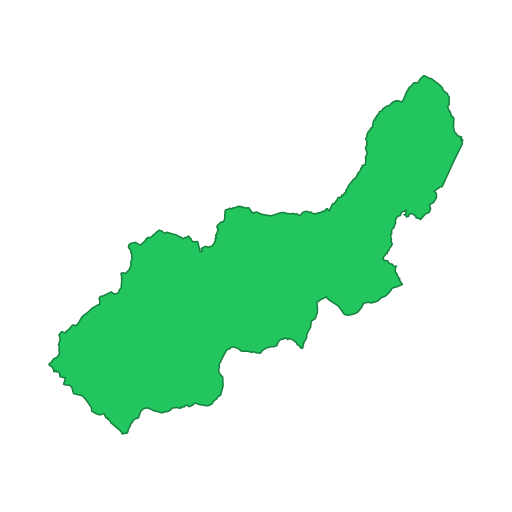 the district of Chiojdu, Buzau, Romania, rotated 86°
{"feature_id": "2599482B83963244368666", "entity_name": "Chiojdu", "entity_type": "district", "adm_level": 2, "iso_a3": "ROU", "parent_name": "Romania", "parent_adm1": "Buzau", "projection": "natural_earth1", "projection_center": [26.168, 45.421], "detail": "fine", "context": "isolated", "style": "filled", "palette": "green", "viewbox_px": 512, "rotation_deg": 86, "n_neighbors": 0, "source": "geoboundaries", "source_scale": "gbopen_adm2", "svg_char_len": 6101}
<svg xmlns="http://www.w3.org/2000/svg" viewBox="0 0 512 512"><g transform="rotate(86 256 256)"><path d="M423.2,396.5L418.5,394.7L417.3,393.6L414.6,392.5L413.2,390.9L411.8,390.2L410.2,388.1L409.2,384.4L403.3,382.1L401.1,379.8L400.0,377.2L400.0,375.4L400.6,373.2L403.5,368.3L404.3,364.8L405.5,362.4L405.9,360.6L405.0,357.2L405.1,355.0L403.6,352.0L401.9,350.2L401.6,345.4L402.5,343.5L402.0,342.1L402.6,341.7L401.5,340.5L401.5,338.0L399.8,336.2L400.1,335.2L401.6,333.4L401.4,332.0L400.4,329.6L398.8,327.8L398.7,326.4L400.2,323.1L402.1,314.8L401.5,312.3L400.3,310.1L397.8,308.4L395.8,305.2L393.6,303.6L392.4,301.1L383.3,297.9L374.5,297.6L370.6,300.6L367.4,301.3L364.3,300.3L360.8,300.2L359.1,298.5L357.7,298.1L348.9,292.6L346.9,290.6L347.0,288.9L345.0,286.9L345.4,283.9L347.4,279.8L349.9,277.3L350.5,270.7L351.9,266.8L351.4,265.6L351.5,264.7L352.8,261.8L352.7,260.5L353.4,259.0L352.2,257.3L350.6,256.1L348.2,251.4L347.9,248.5L347.4,247.5L347.8,243.8L346.6,242.4L347.0,241.6L343.4,239.9L341.1,237.4L340.6,236.1L341.2,235.0L340.2,234.1L340.0,231.3L341.6,230.3L340.7,228.5L342.7,224.2L344.1,223.4L344.9,221.9L346.8,221.3L349.1,218.8L351.0,217.8L351.2,215.9L345.7,214.3L341.4,211.3L338.2,210.9L336.5,210.1L330.6,206.4L325.7,205.6L324.7,205.1L322.5,201.2L317.4,199.0L313.5,198.3L306.7,198.5L303.7,193.9L301.8,188.6L304.4,186.9L311.6,177.4L320.4,172.0L321.4,169.0L321.4,166.3L320.2,160.6L318.8,158.1L315.0,154.5L310.7,151.9L310.0,147.3L310.9,144.4L309.8,138.7L308.0,135.7L306.2,133.7L305.3,130.1L301.9,125.7L300.7,125.1L299.8,123.8L298.4,123.2L297.2,121.2L296.5,117.2L294.7,112.2L294.3,112.0L290.0,114.6L288.7,114.1L286.8,115.9L284.0,116.5L281.1,118.2L277.5,117.7L276.0,116.7L275.6,119.4L273.7,120.6L272.6,124.0L270.0,124.9L269.4,128.1L267.9,129.6L267.2,129.0L265.3,128.8L264.9,127.6L263.3,126.6L262.7,125.0L260.9,124.4L259.2,122.8L257.5,122.2L255.2,119.9L254.0,119.7L253.5,119.2L251.2,120.2L248.4,119.7L246.8,120.3L243.9,119.9L243.3,119.0L241.9,119.2L239.4,118.7L238.3,117.9L237.7,116.6L235.2,115.8L232.8,114.4L230.7,114.5L228.9,114.0L227.1,112.7L226.0,111.0L225.8,109.4L222.2,107.5L221.7,104.7L220.7,103.7L221.1,102.9L222.3,103.1L224.6,103.9L225.2,105.2L225.7,104.2L227.5,103.1L226.9,100.9L225.0,100.4L224.5,98.0L225.4,96.2L227.7,93.8L229.2,93.6L229.8,91.2L231.1,89.2L225.8,84.0L224.9,80.8L224.0,79.8L221.0,78.5L217.0,79.5L214.9,75.0L210.3,71.9L206.1,71.7L203.7,73.7L200.8,68.6L200.1,68.4L199.7,65.4L173.1,50.9L158.3,42.2L156.4,42.8L155.7,41.9L154.8,43.1L154.2,42.0L152.9,43.5L151.6,42.7L150.0,46.7L147.9,47.5L147.0,48.8L146.0,49.2L141.0,50.0L132.2,49.0L129.3,51.4L125.6,52.2L123.8,53.6L120.3,54.4L118.4,52.7L110.9,52.2L109.7,53.1L107.4,53.7L104.7,56.9L103.2,57.9L101.3,58.3L98.7,60.3L91.5,68.4L90.0,72.3L87.9,75.2L87.9,76.2L91.0,80.0L94.1,82.2L94.5,83.2L94.2,85.8L94.5,86.8L97.3,89.3L98.4,91.3L103.2,94.5L111.7,98.8L112.3,100.0L111.0,103.7L110.9,105.1L111.2,105.7L110.9,106.2L111.5,106.7L111.7,108.0L113.2,110.5L115.1,112.1L115.7,115.4L117.6,118.0L117.8,119.1L119.7,119.8L120.6,122.8L122.9,123.8L124.7,126.0L126.2,126.4L126.5,127.4L128.4,127.3L128.7,129.1L133.2,130.5L135.7,130.6L136.0,132.1L138.7,133.9L139.5,135.1L142.4,136.8L144.9,137.0L145.9,138.2L147.6,138.3L149.1,137.2L152.0,137.9L152.9,137.5L155.8,139.3L158.6,138.7L159.6,137.9L160.7,138.3L162.3,137.9L163.8,139.4L165.7,140.0L167.5,139.7L172.1,140.5L172.5,140.9L173.1,143.7L174.8,143.8L175.7,145.2L178.0,145.9L180.7,148.7L184.5,150.7L185.6,151.9L186.0,153.1L192.5,159.0L196.2,160.9L196.8,161.9L199.0,162.0L199.4,163.4L201.3,164.6L201.2,166.2L202.7,166.4L203.6,168.3L203.2,169.6L204.0,170.5L206.0,171.4L207.3,172.9L208.4,173.4L209.3,174.5L209.1,175.8L216.0,179.9L214.6,181.3L213.9,181.4L213.7,182.0L214.1,182.9L216.3,184.8L216.0,186.3L217.5,189.4L217.1,190.4L218.0,192.6L217.6,193.7L218.3,194.9L216.9,197.4L215.9,198.3L216.1,200.2L214.9,202.0L215.3,205.0L216.0,206.6L218.6,209.2L218.4,210.6L217.0,211.7L216.7,212.4L217.1,214.0L216.2,215.3L216.3,218.7L215.6,222.5L214.4,225.8L214.8,229.7L216.8,237.0L216.9,239.0L214.6,247.9L212.2,252.0L212.5,255.0L213.2,256.2L207.4,259.9L207.3,264.3L206.4,264.8L206.4,266.5L205.5,267.5L205.8,268.8L205.1,269.8L206.5,274.1L206.3,275.4L207.3,277.0L206.5,278.6L207.6,280.7L207.4,281.4L208.1,283.4L213.8,284.5L215.1,284.2L219.0,285.6L219.6,286.2L219.5,287.8L219.9,288.7L222.6,292.2L223.8,293.0L227.0,292.2L229.7,293.0L232.8,294.8L233.6,294.9L234.8,294.1L235.9,295.6L237.4,295.1L238.5,296.1L239.7,296.3L243.0,299.2L243.8,302.6L242.9,305.8L244.6,309.9L245.1,310.1L247.4,309.2L248.1,311.4L237.8,313.1L237.3,313.8L237.7,315.6L236.9,318.7L234.5,319.6L231.4,322.0L232.6,323.8L232.7,325.9L233.7,327.4L231.6,330.2L230.9,332.3L229.1,334.4L228.7,336.5L226.2,342.8L226.2,343.8L227.2,345.6L224.6,348.1L223.5,350.6L225.1,353.3L227.6,356.3L227.8,357.1L229.1,358.1L230.1,360.2L230.0,362.6L230.7,363.2L231.0,364.3L233.0,365.3L237.1,370.7L234.0,375.5L234.8,380.7L236.0,382.0L238.6,382.7L241.1,380.8L244.5,380.4L246.3,379.6L247.8,380.1L249.4,379.8L253.5,381.3L257.0,381.5L260.8,383.5L263.9,386.9L264.1,388.0L263.5,389.9L263.7,391.6L264.5,391.9L266.6,391.5L271.3,391.7L278.2,392.7L280.3,394.7L282.8,395.8L283.6,396.6L284.0,400.4L281.7,402.8L285.1,411.2L285.6,414.2L287.6,415.6L289.2,414.9L293.3,415.3L293.5,416.6L296.8,423.4L298.7,425.4L301.6,429.4L301.9,429.4L301.9,430.2L304.4,433.7L310.3,437.7L312.8,440.2L312.9,441.5L312.0,442.6L312.3,444.0L316.3,447.9L318.0,450.7L319.3,451.2L318.9,453.3L317.8,454.7L318.8,456.1L321.1,458.1L323.5,457.3L325.8,457.2L330.7,459.2L333.4,458.6L336.3,459.2L338.4,458.7L339.5,459.0L342.2,460.5L343.2,461.8L344.6,465.2L347.5,467.5L349.5,470.1L350.6,469.6L352.5,467.1L354.8,466.0L357.3,465.7L357.4,465.1L356.4,463.8L357.5,463.4L357.8,462.8L357.3,461.6L359.0,460.2L362.9,459.9L363.0,458.6L364.0,456.0L364.0,454.8L366.6,455.3L370.4,456.9L371.2,455.5L371.9,451.4L372.8,450.1L374.4,448.9L380.5,447.6L383.3,439.1L387.4,435.7L395.7,430.8L399.2,430.7L402.3,426.3L403.4,423.6L403.6,422.7L402.6,418.7L407.0,416.9L406.7,415.5L406.9,415.2L408.5,415.4L409.2,413.8L412.3,412.3L421.0,403.4L421.9,402.7L424.1,402.0L424.0,400.2L423.5,399.4L423.9,397.5L423.2,396.5Z" fill="#22c55e" stroke="#15803d" stroke-width="1.5"/></g></svg>